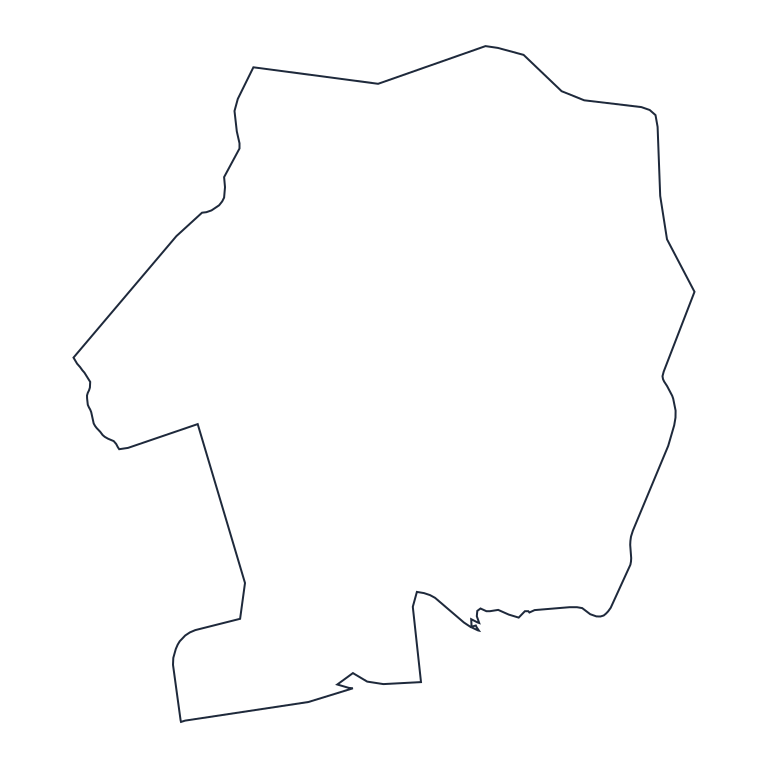 an SVG outline of Sud-Bandama
{"feature_id": "CIV-3447", "entity_name": "Sud-Bandama", "entity_type": "Department", "adm_level": 1, "iso_a3": "CIV", "parent_name": "Ivory Coast", "parent_adm1": "", "projection": "mercator", "projection_center": [-5.503, 5.631], "detail": "fine", "context": "isolated", "style": "outline", "palette": "slate", "viewbox_px": 768, "rotation_deg": 0, "n_neighbors": 0, "source": "natural_earth", "source_scale": "10m", "svg_char_len": 1710}
<svg xmlns="http://www.w3.org/2000/svg" viewBox="0 0 768 768"><path d="M421.0,682.1L383.4,684.1L367.2,681.6L352.9,673.1L337.3,684.5L348.9,687.9L352.9,688.3L308.4,702.0L185.2,720.6L181.0,721.9L180.6,720.3L173.0,664.8L173.3,657.9L175.8,649.0L177.7,644.6L179.7,641.3L185.2,635.5L189.9,632.4L195.3,630.1L240.1,618.8L245.0,583.0L197.7,424.1L128.0,447.9L119.2,449.2L117.8,447.1L116.2,444.0L113.7,441.1L108.0,438.7L104.7,436.8L102.6,435.0L100.3,431.9L96.7,428.1L95.1,426.0L93.7,423.5L91.2,412.1L90.2,409.6L88.9,407.3L87.8,404.8L87.1,398.5L87.0,395.5L87.8,392.8L89.0,390.4L89.9,387.6L90.2,381.9L84.4,372.6L82.3,370.2L80.1,367.1L77.1,363.7L73.5,357.6L176.4,236.1L202.0,212.7L206.3,212.2L211.5,210.4L219.1,205.3L222.2,201.4L224.1,197.6L225.0,187.2L224.1,177.1L239.5,148.5L239.5,143.3L236.8,131.4L234.5,111.0L237.8,98.9L253.4,67.3L378.1,83.8L485.5,46.1L497.8,47.9L523.6,54.9L561.6,91.2L584.2,100.3L641.4,107.1L649.7,110.0L655.5,115.1L657.6,126.9L660.2,195.9L667.0,239.3L694.5,291.8L663.7,371.6L662.5,376.2L663.0,379.1L664.1,381.5L667.1,386.1L672.2,395.8L673.2,398.7L675.6,410.6L675.5,417.6L674.2,425.3L668.2,445.9L632.9,530.6L631.0,536.6L630.4,540.9L630.2,544.9L631.2,558.1L631.0,561.5L630.4,564.7L610.7,607.8L608.1,611.4L605.9,613.7L603.7,615.5L600.4,616.5L596.4,616.4L590.2,614.2L582.2,608.1L577.0,607.2L569.5,607.2L534.6,610.1L529.4,612.5L528.3,611.2L524.9,611.2L518.7,617.6L508.8,614.6L498.2,609.9L489.9,611.2L486.4,611.2L480.5,608.5L477.3,610.9L476.8,616.2L479.2,623.0L477.5,622.4L471.2,619.2L471.5,625.1L471.2,626.8L475.8,625.5L476.6,627.2L478.9,630.6L478.0,630.4L470.2,626.7L463.9,622.5L435.0,597.8L430.0,595.1L424.0,593.1L416.9,591.9L412.8,606.8L421.0,682.1Z" fill="none" stroke="#1e293b" stroke-width="2"/></svg>